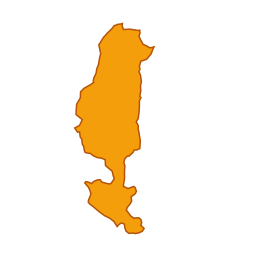 outline of Kallepeia, Paphos, Cyprus, rotated 39°
{"feature_id": "46923920B45563659246862", "entity_name": "Kallepeia", "entity_type": "district", "adm_level": 2, "iso_a3": "CYP", "parent_name": "Cyprus", "parent_adm1": "Paphos", "projection": "orthographic", "projection_center": [32.512, 34.84], "detail": "fine", "context": "isolated", "style": "filled", "palette": "amber", "viewbox_px": 256, "rotation_deg": 39, "n_neighbors": 0, "source": "geoboundaries", "source_scale": "gbopen_adm2", "svg_char_len": 2067}
<svg xmlns="http://www.w3.org/2000/svg" viewBox="0 0 256 256"><g transform="rotate(39 128 128)"><path d="M57.9,50.3L56.6,52.1L54.6,54.1L53.4,56.7L52.8,57.0L53.0,60.6L52.6,64.4L52.2,66.9L52.2,69.9L51.9,72.7L53.0,81.7L60.1,87.5L61.3,90.5L65.1,97.2L66.5,101.7L68.8,105.7L69.9,110.4L71.2,113.1L72.5,114.0L71.7,117.6L70.5,120.6L68.8,125.0L68.4,129.8L72.0,134.6L73.1,141.8L76.2,146.3L79.1,150.2L83.1,150.3L87.2,150.3L88.7,156.4L86.6,161.5L91.4,163.0L92.9,161.6L96.6,165.1L99.3,165.8L102.5,169.2L105.1,170.2L108.3,173.0L110.1,174.0L113.0,172.6L114.8,171.4L117.9,171.5L122.3,170.5L126.7,168.0L130.2,167.0L134.1,171.3L138.3,171.5L142.8,171.5L146.0,174.0L149.4,176.3L149.4,178.8L149.8,181.7L148.7,183.3L144.8,185.2L141.4,186.6L139.2,185.7L137.0,187.4L134.9,191.3L134.7,194.1L131.1,195.1L129.0,196.2L129.0,197.9L134.8,199.0L137.9,200.6L140.5,202.4L141.4,204.5L142.7,208.9L143.0,209.5L143.9,210.7L146.7,211.2L149.9,211.0L152.9,211.1L158.0,211.2L164.9,210.9L170.3,209.6L175.9,209.5L181.6,211.4L181.7,208.5L182.8,205.8L185.8,205.0L188.4,207.6L191.4,209.4L195.0,209.3L195.8,208.6L197.6,206.7L199.9,205.6L202.4,202.7L204.1,199.3L203.8,196.0L199.2,195.5L198.3,193.1L195.7,191.0L193.0,191.0L191.7,192.1L190.3,193.2L189.6,194.4L185.3,194.6L182.6,193.9L178.4,192.8L177.4,190.3L177.4,186.1L176.9,182.6L173.7,179.5L175.0,174.7L174.4,172.0L171.9,170.3L171.0,169.8L169.2,169.8L167.1,173.4L166.1,175.0L163.0,175.8L161.2,176.3L159.7,174.1L157.8,170.7L156.7,168.8L154.3,166.1L152.5,163.8L150.8,161.4L149.6,159.6L146.2,157.1L145.0,154.1L145.0,150.7L146.5,149.1L147.3,143.7L146.7,141.2L148.6,139.6L150.1,136.5L148.1,133.7L145.8,130.4L140.4,125.5L136.4,122.2L134.7,119.9L130.5,118.0L130.0,114.2L127.6,110.4L126.4,108.4L123.7,104.6L121.2,101.5L119.6,99.4L118.9,96.2L117.3,96.1L114.5,91.0L111.0,87.2L109.4,83.7L107.0,81.5L104.5,79.1L101.0,77.4L100.2,74.6L98.0,72.9L96.0,68.0L99.2,62.9L99.3,55.8L97.7,51.0L97.2,48.6L94.6,52.0L91.0,52.4L87.1,53.5L82.2,51.5L78.8,49.8L77.7,46.8L75.5,44.6L74.7,45.7L67.1,50.1L62.5,54.3L59.3,52.4L57.9,50.3Z" fill="#f59e0b" stroke="#b45309" stroke-width="1.5"/></g></svg>